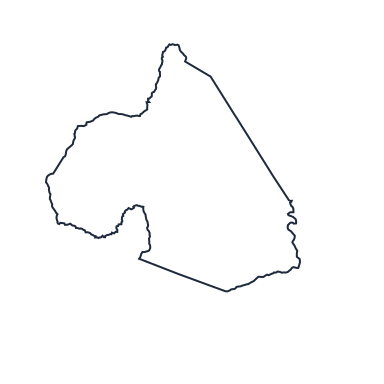 São Raimundo das Mangabeiras, Maranhão, Brazil, rotated 308°
{"feature_id": "56859067B90980321133528", "entity_name": "São Raimundo das Mangabeiras", "entity_type": "district", "adm_level": 2, "iso_a3": "BRA", "parent_name": "Brazil", "parent_adm1": "Maranhão", "projection": "natural_earth1", "projection_center": [-45.741, -7.052], "detail": "fine", "context": "isolated", "style": "outline", "palette": "slate", "viewbox_px": 384, "rotation_deg": 308, "n_neighbors": 0, "source": "geoboundaries", "source_scale": "gbopen_adm2", "svg_char_len": 4639}
<svg xmlns="http://www.w3.org/2000/svg" viewBox="0 0 384 384"><g transform="rotate(308 192 192)"><path d="M197.6,322.5L203.1,320.4L205.4,318.2L205.5,314.5L207.6,312.8L210.6,311.0L211.4,308.5L212.9,305.7L214.0,302.2L215.3,301.7L217.4,301.6L218.7,301.2L220.8,300.0L222.0,294.1L221.7,291.0L222.8,289.3L224.9,288.0L227.9,288.3L228.9,288.9L229.8,290.1L229.8,291.8L231.3,293.3L233.0,292.2L234.4,290.4L234.6,287.3L234.1,285.3L233.1,282.3L233.8,281.1L236.4,281.8L238.5,284.4L241.0,282.4L242.0,280.8L242.2,278.5L243.0,277.2L243.9,275.9L245.4,276.3L246.4,276.0L245.5,275.1L245.2,273.4L252.7,251.3L253.1,250.1L254.4,246.3L271.6,198.9L273.6,193.3L278.2,180.6L278.8,178.7L294.4,135.6L290.6,106.2L293.6,105.2L294.5,104.5L294.9,103.4L295.0,101.3L295.5,99.9L295.8,96.9L296.3,95.2L297.9,93.3L298.6,92.3L299.4,91.1L299.0,89.7L298.1,88.9L297.3,87.9L296.5,85.7L294.8,84.7L294.4,83.3L293.2,83.3L291.9,83.5L290.9,83.5L289.8,82.7L288.9,83.1L287.8,83.6L286.7,83.7L285.7,83.7L284.7,82.9L283.0,83.7L281.4,84.3L280.6,85.8L279.6,85.4L278.1,86.4L277.6,87.6L276.5,88.5L275.1,89.0L274.1,89.7L272.4,89.7L271.2,90.2L269.2,90.3L268.0,90.8L267.1,91.6L266.9,92.9L266.0,93.4L265.3,94.0L264.3,95.0L263.3,95.6L262.1,95.5L261.2,95.5L259.2,96.6L258.0,96.9L257.0,97.1L256.1,97.3L254.8,97.2L253.1,98.4L252.3,99.5L251.1,100.1L249.4,100.2L247.6,100.5L246.5,99.8L245.2,99.5L242.6,101.4L241.0,101.0L239.4,100.9L238.5,99.9L236.9,101.2L236.5,102.9L235.8,102.0L234.8,100.9L233.2,103.2L230.1,105.3L229.4,105.9L225.9,104.6L224.4,104.4L223.2,104.3L221.6,103.5L219.9,104.2L219.0,103.1L218.6,101.9L217.4,100.6L215.8,99.3L215.0,98.1L213.8,97.8L213.2,96.0L212.3,93.7L211.5,92.3L211.1,90.9L210.5,89.4L209.6,87.9L209.0,87.1L208.3,86.3L207.9,84.9L207.6,83.7L207.2,82.8L206.3,81.0L205.6,80.0L204.7,78.9L203.9,78.3L202.1,77.3L201.1,77.0L199.8,75.7L198.7,74.4L196.8,73.0L196.0,72.2L195.0,71.8L193.7,71.8L191.3,70.5L189.2,70.0L187.4,70.1L184.5,68.4L182.1,66.1L180.8,66.6L180.0,67.4L177.4,66.3L175.6,63.6L173.7,61.5L172.6,61.9L171.2,62.5L170.2,62.3L169.0,62.2L167.6,62.6L166.7,63.4L165.3,63.5L164.8,64.4L163.9,64.9L163.3,66.0L162.2,66.6L160.3,66.9L159.0,67.2L156.5,68.6L154.5,68.4L152.5,68.0L150.3,67.5L148.4,67.2L147.5,67.5L146.5,67.9L145.2,68.6L143.6,69.5L142.1,70.0L140.3,69.3L121.0,71.3L119.5,69.8L118.1,69.1L116.6,68.5L114.7,68.4L113.5,68.9L112.5,69.3L109.7,71.0L109.4,72.7L108.8,73.9L108.2,74.9L107.8,75.9L107.1,77.0L105.8,77.7L103.7,80.2L103.1,81.8L99.9,83.6L98.9,84.4L98.4,85.7L97.2,87.6L96.1,89.6L95.2,90.0L94.4,90.8L93.8,92.3L93.3,94.1L92.8,95.9L92.0,97.6L91.7,99.7L90.5,99.9L88.8,100.7L87.9,101.4L86.5,103.2L86.0,104.2L85.0,104.9L84.6,105.9L85.0,107.1L86.6,107.2L87.4,108.6L88.1,109.6L88.7,110.8L87.9,112.1L88.7,113.0L89.5,114.0L91.1,115.0L92.0,115.5L92.1,116.9L91.9,118.0L92.3,119.0L93.0,120.2L93.2,121.3L92.2,122.6L93.2,124.2L94.0,126.3L94.8,126.7L95.3,128.0L95.3,129.8L95.8,131.1L95.3,132.1L94.7,133.0L95.8,134.3L96.6,135.8L96.9,137.2L96.5,138.6L97.0,140.0L97.2,142.0L97.8,143.3L96.6,143.7L98.0,145.5L98.1,146.6L99.3,147.2L100.2,148.2L102.5,148.5L102.1,150.2L102.8,151.3L103.8,150.7L104.9,151.2L106.0,151.7L107.0,152.8L108.5,153.5L109.1,154.5L110.7,153.9L111.0,154.9L111.5,156.1L113.7,156.3L114.5,157.7L116.1,156.6L116.8,154.9L117.5,154.1L118.6,153.7L119.7,154.7L121.3,154.1L123.1,156.2L124.8,155.0L125.7,155.3L126.8,154.4L127.4,153.4L128.5,152.7L129.8,152.1L130.8,152.6L132.0,151.2L133.3,151.5L134.6,151.8L135.3,151.1L136.7,151.0L138.0,151.7L138.9,151.9L140.3,151.9L140.9,154.7L141.8,155.3L142.9,155.7L143.9,156.0L144.4,154.8L145.6,155.1L146.7,155.9L147.7,156.7L148.0,158.2L148.8,159.3L149.2,161.2L149.9,161.8L150.4,162.8L149.1,163.6L148.2,164.4L147.2,165.5L146.4,167.0L145.6,169.3L144.5,170.3L143.7,171.2L142.1,173.1L140.9,175.7L140.1,176.3L138.9,177.9L137.6,178.5L136.3,178.6L135.4,179.5L134.8,180.5L134.7,181.8L134.1,183.0L133.5,184.0L132.2,184.8L131.4,186.0L130.5,186.4L128.9,186.8L127.0,188.5L124.9,190.2L124.4,191.4L123.6,192.4L122.2,193.5L120.1,194.1L119.1,194.1L117.1,192.7L116.2,192.2L115.3,191.4L114.1,189.9L112.1,190.1L109.3,191.2L108.3,191.4L106.8,191.4L119.2,232.4L127.0,256.6L127.8,259.1L128.8,262.2L134.4,279.5L135.5,281.1L137.8,282.4L139.5,282.9L140.9,284.3L141.8,285.2L143.3,285.6L144.6,285.5L145.6,286.3L147.2,288.0L148.0,288.7L149.0,289.1L150.4,290.2L152.2,291.4L154.2,293.1L156.7,294.0L159.9,295.5L165.4,296.3L166.6,297.0L167.9,299.2L169.2,300.7L170.5,301.0L172.0,301.5L173.1,302.1L173.5,303.4L174.5,304.1L177.0,305.3L177.9,306.1L179.0,306.1L180.1,307.7L182.1,308.5L183.3,310.8L183.7,312.6L184.8,313.4L186.4,315.6L187.9,316.7L190.3,317.2L191.6,317.6L193.3,317.4L194.2,317.7L195.2,318.1L196.7,321.4L197.6,322.5Z" fill="none" stroke="#1e293b" stroke-width="2"/></g></svg>